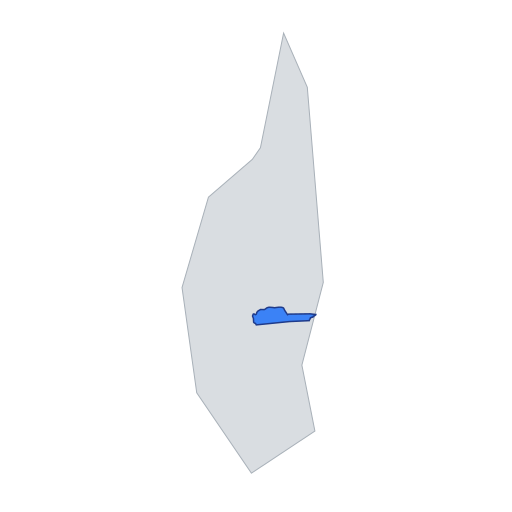 location of Ngeriungs, Ngeremlengui, Palau, rotated 346°
{"feature_id": "81905179B87089550714781", "entity_name": "Ngeriungs", "entity_type": "district", "adm_level": 2, "iso_a3": "PLW", "parent_name": "Palau", "parent_adm1": "Ngeremlengui", "projection": "mercator", "projection_center": [134.606, 7.483], "detail": "fine", "context": "in_parent", "style": "filled", "palette": "blue", "viewbox_px": 512, "rotation_deg": 346, "n_neighbors": 0, "source": "geoboundaries", "source_scale": "gbopen_adm2", "svg_char_len": 1456}
<svg xmlns="http://www.w3.org/2000/svg" viewBox="0 0 512 512"><g transform="rotate(346 256 256)"><path d="M270.8,440.1L199.0,465.6L165.4,374.4L176.6,268.7L224.1,187.4L275.9,161.3L286.5,152.0L336.7,46.4L346.6,104.7L314.9,297.9L274.1,373.0L270.8,440.1Z" fill="#d9dde1" stroke="#a8b0b8" stroke-width="1"/><path d="M248.9,309.4L248.7,309.4L247.7,309.0L246.1,309.4L244.3,310.0L243.1,311.0L242.5,312.1L242.2,312.5L241.4,312.8L240.9,312.6L240.5,312.1L240.0,311.7L239.3,311.7L239.0,312.1L238.1,313.4L238.4,316.0L237.8,319.0L237.7,319.7L238.2,320.6L239.2,321.3L239.6,322.9L272.6,327.7L292.0,331.6L292.1,331.4L292.3,331.1L292.5,330.9L292.6,330.7L292.8,330.4L292.7,330.3L292.9,330.4L293.0,330.3L293.1,330.2L293.3,330.1L293.5,329.8L293.5,329.7L293.7,329.4L293.8,329.4L293.7,329.4L293.8,329.2L294.0,329.1L294.3,329.1L294.6,329.2L294.8,329.1L295.0,329.0L295.3,328.9L295.5,328.9L295.8,328.9L295.8,329.0L296.0,329.1L296.3,329.1L296.5,329.0L296.7,328.9L296.7,328.7L296.8,328.6L297.1,328.5L297.1,328.4L297.3,328.4L297.5,328.3L297.6,328.2L297.9,328.1L298.0,328.1L298.3,328.0L298.5,328.1L298.8,328.0L298.9,327.9L299.0,327.8L299.2,327.7L299.3,327.7L299.6,327.6L299.6,327.4L299.8,327.2L294.5,325.2L273.6,320.3L272.4,320.6L270.7,315.7L270.2,313.3L269.9,312.9L269.1,312.3L267.8,311.7L265.8,311.2L262.5,310.8L261.4,310.7L260.1,310.1L256.8,309.0L255.5,308.8L253.8,309.0L252.3,309.7L251.1,310.0L250.0,309.7L248.9,309.4Z" fill="#3b82f6" stroke="#1e3a8a" stroke-width="1.5"/></g></svg>